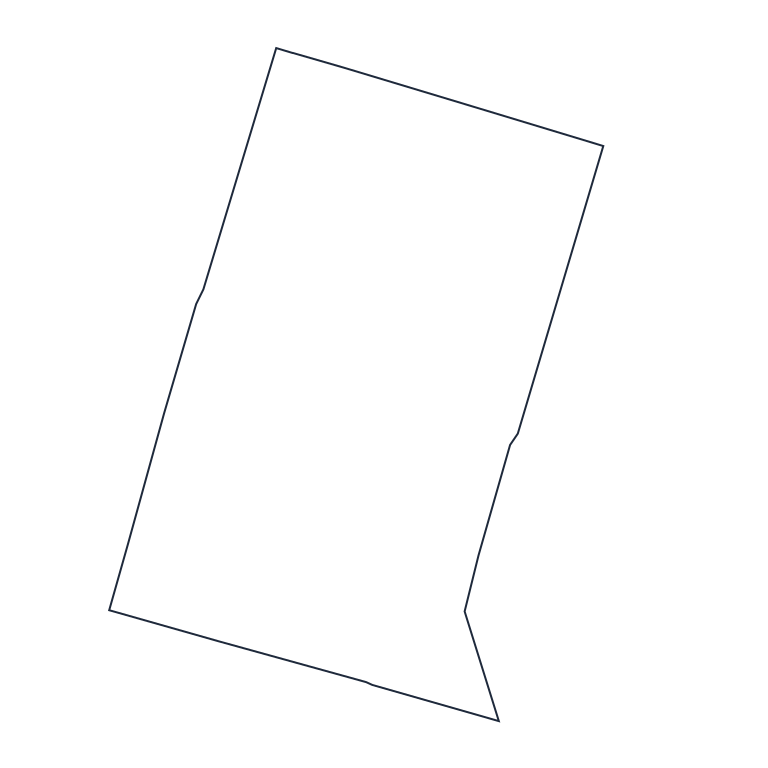 Franklin, Indiana, United States of America, rotated 286°
{"feature_id": "52423323B16028894273840", "entity_name": "Franklin", "entity_type": "district", "adm_level": 2, "iso_a3": "USA", "parent_name": "United States of America", "parent_adm1": "Indiana", "projection": "albers", "projection_center": [-85.059, 39.397], "detail": "fine", "context": "isolated", "style": "outline", "palette": "slate", "viewbox_px": 768, "rotation_deg": 286, "n_neighbors": 0, "source": "geoboundaries", "source_scale": "gbopen_adm2", "svg_char_len": 413}
<svg xmlns="http://www.w3.org/2000/svg" viewBox="0 0 768 768"><g transform="rotate(286 384 384)"><path d="M373.2,526.3L673.2,529.2L673.3,522.5L675.2,392.8L677.0,258.0L677.1,205.1L677.0,204.9L677.2,187.8L425.2,184.3L409.1,181.4L295.4,180.7L159.2,182.0L90.8,182.2L91.1,295.9L92.5,449.1L91.5,455.7L91.6,587.3L187.6,524.2L245.3,522.1L360.2,522.0L373.2,526.3Z" fill="none" stroke="#1e293b" stroke-width="2"/></g></svg>